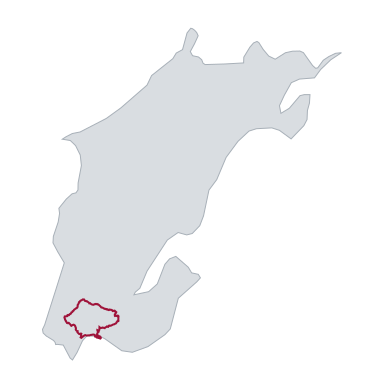 Liberia, Guanacaste, Costa Rica shown in context, rotated 268°
{"feature_id": "36466004B57161008538161", "entity_name": "Liberia", "entity_type": "district", "adm_level": 2, "iso_a3": "CRI", "parent_name": "Costa Rica", "parent_adm1": "Guanacaste", "projection": "albers", "projection_center": [-85.52, 10.692], "detail": "fine", "context": "in_parent", "style": "outline", "palette": "rose", "viewbox_px": 384, "rotation_deg": 268, "n_neighbors": 0, "source": "geoboundaries", "source_scale": "gbopen_adm2", "svg_char_len": 6340}
<svg xmlns="http://www.w3.org/2000/svg" viewBox="0 0 384 384"><g transform="rotate(268 192 192)"><path d="M355.7,196.5L355.1,198.3L353.5,200.3L351.1,202.3L347.9,203.6L340.1,199.7L332.4,195.2L328.2,197.3L326.7,203.2L323.9,206.3L320.4,207.5L318.9,209.5L318.8,229.4L319.2,248.1L325.0,248.5L334.7,254.9L338.8,258.7L340.2,262.2L339.0,264.0L332.0,268.1L325.2,273.4L321.8,279.8L327.9,290.2L329.2,297.3L329.1,304.7L327.4,308.2L314.2,316.9L311.3,319.9L311.7,322.0L319.1,327.8L322.6,333.5L325.6,340.3L326.0,346.2L319.3,335.3L309.9,324.8L301.8,318.4L301.1,303.3L297.8,295.1L285.6,287.7L275.2,282.4L267.5,283.6L272.3,292.2L284.5,303.3L285.4,307.6L285.2,313.3L276.8,312.5L269.4,310.2L260.4,309.5L254.4,306.1L241.6,292.9L250.6,281.5L253.3,274.0L253.0,258.6L250.9,251.1L241.0,239.7L225.4,227.3L203.6,217.2L193.3,209.0L167.8,202.7L158.1,198.6L150.5,190.8L149.3,185.2L152.0,176.7L144.9,165.7L114.5,144.3L97.6,136.5L93.9,131.8L91.3,130.4L93.9,145.2L101.3,154.1L120.7,162.4L126.0,167.3L128.2,173.6L116.9,185.7L111.2,188.8L109.5,195.4L105.9,197.4L102.0,193.6L86.3,174.6L55.9,165.5L50.4,160.0L39.1,142.7L33.9,126.8L35.8,116.3L48.3,99.9L52.2,92.8L51.4,88.4L51.8,81.9L47.2,77.4L35.6,71.5L28.3,66.7L30.3,64.4L43.5,58.0L44.4,52.3L44.3,50.4L46.4,50.0L48.4,48.5L49.5,46.9L53.1,41.4L56.3,38.3L59.9,37.8L64.3,40.1L80.9,46.0L99.4,52.6L125.7,61.9L136.6,55.9L146.0,51.3L152.5,51.9L166.6,57.2L175.2,58.9L180.4,58.4L189.4,66.2L194.4,72.1L195.2,76.0L198.0,78.1L205.0,78.5L222.3,82.4L232.9,81.6L242.4,77.3L247.7,72.2L249.3,64.2L251.7,68.2L254.6,74.4L255.9,82.3L268.5,108.9L278.5,123.8L300.4,150.8L309.8,155.7L325.9,177.5L331.4,181.1L334.6,187.5L351.1,192.6L355.7,196.5Z" fill="#d9dde1" stroke="#a8b0b8" stroke-width="1"/><path d="M73.1,63.1L72.5,63.2L72.3,63.1L72.2,62.7L72.2,61.9L72.1,61.4L72.1,60.5L71.7,60.4L71.4,60.2L71.0,60.1L70.9,60.1L70.6,60.3L70.0,60.4L69.8,60.5L69.2,60.6L69.1,60.8L68.6,60.8L68.2,61.1L67.6,61.5L67.2,61.4L66.8,61.7L66.1,62.2L66.0,62.3L65.6,62.4L65.6,62.6L65.5,62.9L65.4,63.3L65.2,63.5L65.4,63.8L65.6,63.8L65.6,64.2L65.3,64.5L64.8,64.9L64.7,65.0L64.4,65.3L64.2,65.5L63.7,65.9L63.4,66.1L63.2,66.1L62.8,66.3L62.4,66.8L62.5,67.0L62.8,67.3L63.0,67.5L63.3,68.2L63.3,68.4L63.4,68.5L63.4,69.0L63.5,69.2L63.2,69.6L63.0,70.0L62.6,70.3L62.2,70.5L61.9,70.7L61.7,70.6L61.1,70.8L60.6,71.1L60.3,71.2L60.0,71.3L59.9,71.3L59.4,71.1L59.0,71.0L58.3,71.1L58.0,71.4L57.5,71.7L57.1,72.2L56.9,72.9L56.4,72.8L56.1,72.6L55.8,72.6L55.6,72.8L55.3,73.1L54.9,73.4L54.6,73.8L54.2,74.0L54.0,74.4L53.8,75.1L54.1,75.2L54.4,75.8L54.4,76.2L54.2,76.5L53.6,76.3L53.3,76.2L52.4,76.1L52.1,76.1L51.9,76.4L51.7,76.5L51.1,76.0L51.0,75.8L50.6,75.6L50.1,76.3L50.7,77.1L50.9,77.3L51.2,77.8L51.7,78.2L51.7,78.4L51.9,78.7L52.0,78.9L52.2,79.0L52.3,79.4L52.5,79.6L52.7,80.1L52.7,80.6L52.3,81.2L52.2,81.8L52.2,82.2L52.3,82.5L52.4,83.3L52.3,83.8L52.3,84.4L52.8,86.2L52.8,86.4L52.7,86.5L52.7,86.8L52.8,87.1L52.9,87.7L53.0,87.9L53.0,88.6L52.7,89.6L52.6,89.8L52.2,89.8L51.8,90.0L51.6,89.9L51.3,90.1L51.0,90.1L50.8,90.2L50.8,90.4L51.0,90.5L51.2,90.4L51.3,90.4L51.4,90.5L51.2,91.0L50.7,91.0L50.3,91.5L49.9,91.7L49.8,92.0L50.1,92.2L50.5,92.2L51.3,91.9L51.3,92.2L50.6,92.7L50.3,92.7L50.0,93.0L49.8,93.0L49.6,93.0L49.5,93.3L49.4,93.4L49.3,93.7L49.3,93.9L49.7,94.1L49.5,94.6L49.4,94.8L49.0,95.0L48.8,95.0L48.7,95.1L48.7,95.3L48.9,95.5L49.0,95.6L49.3,95.8L49.5,95.8L49.6,95.5L49.8,95.4L50.0,95.3L50.6,95.3L51.0,94.8L51.1,94.5L51.1,94.3L51.1,94.0L51.2,93.9L51.2,93.7L51.2,93.4L51.3,93.3L52.4,92.7L53.0,92.1L53.5,92.2L53.8,92.4L54.5,92.7L55.1,93.1L55.6,93.9L55.8,93.9L55.8,93.7L55.7,93.5L55.7,93.2L56.1,93.1L56.6,92.6L57.3,92.6L57.0,93.2L56.9,93.4L56.9,93.7L57.1,94.0L57.1,94.3L57.3,94.5L57.5,94.6L60.2,94.8L59.2,95.9L59.2,96.0L59.4,96.7L59.3,97.0L59.3,97.3L59.4,97.5L59.6,97.7L59.7,98.0L59.5,98.5L59.3,98.8L59.3,99.0L59.4,99.4L59.3,99.7L59.1,99.8L59.0,100.0L59.4,100.3L59.6,100.8L59.9,101.2L60.0,101.4L60.1,101.6L60.3,102.2L60.4,102.4L60.6,102.4L60.6,102.6L60.1,103.3L60.1,103.5L60.7,103.9L61.2,104.1L61.4,104.4L61.4,104.8L61.4,105.0L61.1,105.3L61.1,105.5L61.3,105.8L61.3,106.1L61.3,106.5L61.7,107.3L62.0,107.9L62.4,108.7L62.4,109.3L62.5,109.7L62.8,110.1L62.9,110.4L63.1,110.7L63.2,111.1L63.3,111.4L63.8,111.8L64.4,112.0L64.6,112.3L64.8,112.5L65.5,112.9L65.5,113.1L65.4,113.5L65.5,113.9L65.7,114.0L66.3,114.0L66.5,113.8L66.9,113.8L67.1,113.9L67.8,114.0L68.7,114.0L69.3,113.9L69.7,114.2L70.3,114.2L70.5,114.2L71.0,113.8L71.1,113.5L71.1,113.3L70.6,113.1L70.6,112.9L70.6,112.6L70.9,112.0L70.9,111.8L71.0,111.3L70.9,111.2L70.7,110.7L70.8,110.6L72.0,110.5L72.5,110.6L72.7,111.0L72.9,111.1L73.2,111.4L73.7,111.7L74.1,111.7L74.6,112.1L74.8,111.9L74.7,111.9L74.7,111.7L74.9,111.2L75.4,110.8L75.7,110.4L76.1,110.1L76.0,109.9L76.0,109.4L75.7,108.9L75.7,108.6L75.8,108.5L76.1,108.5L76.3,108.4L76.5,108.2L76.8,107.9L76.9,107.5L77.1,107.2L77.1,106.9L77.2,106.6L77.1,106.1L77.4,105.7L77.4,105.4L77.2,105.2L77.1,104.9L76.9,104.8L76.9,104.5L76.9,104.4L77.2,104.1L77.3,103.7L77.4,103.8L77.5,103.8L77.6,103.6L77.8,103.3L77.9,103.0L78.0,102.7L77.9,102.5L77.9,102.3L78.0,102.1L77.9,102.0L77.9,101.9L78.2,101.1L78.4,100.9L78.3,100.3L78.7,100.0L78.8,99.9L79.0,99.5L79.1,99.2L79.5,98.7L79.6,98.4L79.7,98.2L79.8,97.8L79.8,97.7L79.7,97.6L79.7,97.4L79.8,97.3L80.3,96.9L81.1,96.4L81.5,95.8L82.3,95.1L83.2,93.9L83.0,93.7L82.9,93.6L82.9,93.4L83.4,92.6L83.5,92.3L83.4,92.1L83.5,91.8L83.4,91.6L83.4,91.4L83.2,91.2L83.3,90.8L83.2,90.4L83.1,90.2L82.9,90.1L82.8,89.7L82.7,89.5L82.7,89.2L83.0,88.5L83.0,88.2L83.3,87.6L83.5,87.3L84.0,86.7L84.4,86.4L84.4,86.1L84.3,85.9L84.5,85.6L84.4,85.4L84.8,85.2L85.2,84.9L85.7,84.2L86.0,83.8L86.3,83.4L86.3,83.2L86.6,83.0L86.5,82.6L86.7,82.2L86.7,81.8L86.8,81.6L87.0,81.1L87.6,80.9L88.2,80.5L88.4,80.3L88.3,80.1L88.2,79.9L88.3,79.6L88.5,79.2L88.3,78.8L88.1,78.6L88.0,78.4L87.8,78.2L87.7,77.8L87.5,77.6L87.5,77.2L87.3,77.0L87.2,76.7L87.0,76.4L86.3,76.0L86.1,75.9L85.9,75.6L85.9,75.4L85.5,75.4L85.4,75.2L85.0,74.9L84.8,74.8L84.5,74.8L84.3,74.7L83.7,74.3L83.5,74.1L83.2,74.0L82.9,73.7L82.2,73.8L81.9,73.7L81.2,73.7L80.9,73.5L80.5,73.1L80.4,72.9L80.2,73.0L80.0,72.8L79.8,72.3L79.8,72.2L78.8,70.6L78.6,70.4L78.5,70.1L77.7,69.6L77.4,69.4L77.3,68.9L77.0,68.5L76.9,68.5L76.6,68.5L76.3,68.2L76.1,68.0L76.0,67.8L75.9,67.4L75.7,67.4L75.0,66.7L74.7,66.7L74.4,66.3L74.4,66.0L74.3,65.7L73.3,64.9L73.2,64.7L73.3,64.5L73.3,64.2L73.5,64.0L73.5,63.7L73.3,63.2L73.1,63.1Z" fill="none" stroke="#9f1239" stroke-width="2"/></g></svg>